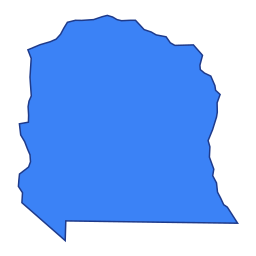 outline of Prata do Piauí, Piauí, Brazil
{"feature_id": "56859067B9485913945767", "entity_name": "Prata do Piauí", "entity_type": "district", "adm_level": 2, "iso_a3": "BRA", "parent_name": "Brazil", "parent_adm1": "Piauí", "projection": "albers", "projection_center": [-42.169, -5.724], "detail": "fine", "context": "isolated", "style": "filled", "palette": "blue", "viewbox_px": 256, "rotation_deg": 0, "n_neighbors": 0, "source": "geoboundaries", "source_scale": "gbopen_adm2", "svg_char_len": 925}
<svg xmlns="http://www.w3.org/2000/svg" viewBox="0 0 256 256"><path d="M27.9,49.8L31.2,58.4L30.0,77.1L30.4,83.5L31.3,95.9L29.0,101.2L28.1,106.6L28.6,115.2L28.4,122.2L19.4,123.8L20.7,135.0L24.7,141.7L27.5,149.0L30.0,154.8L30.5,161.8L28.6,167.0L24.9,169.9L19.5,174.0L18.9,179.8L18.4,186.4L22.5,192.7L21.9,202.7L65.2,240.6L65.8,220.9L160.1,222.2L237.6,223.2L227.3,207.1L223.7,204.7L220.7,198.2L217.5,192.1L216.5,182.9L212.7,175.7L213.8,169.2L209.4,157.1L209.9,146.8L208.1,140.6L212.6,129.6L216.5,117.1L217.3,112.2L217.1,102.8L220.1,94.5L215.6,90.3L214.9,85.6L210.8,76.1L204.5,73.1L200.3,69.6L199.9,65.2L202.5,55.3L193.4,44.9L174.9,45.4L170.3,42.8L166.1,36.8L156.2,34.9L151.2,32.0L144.1,29.6L135.5,20.3L130.0,20.3L121.5,20.7L117.0,19.6L112.6,17.0L107.3,15.4L102.2,16.7L93.6,19.6L81.8,20.4L75.4,20.3L67.4,22.3L63.8,28.2L60.6,34.2L56.2,39.1L50.3,41.7L40.1,44.7L27.9,49.8Z" fill="#3b82f6" stroke="#1e3a8a" stroke-width="1.5"/></svg>